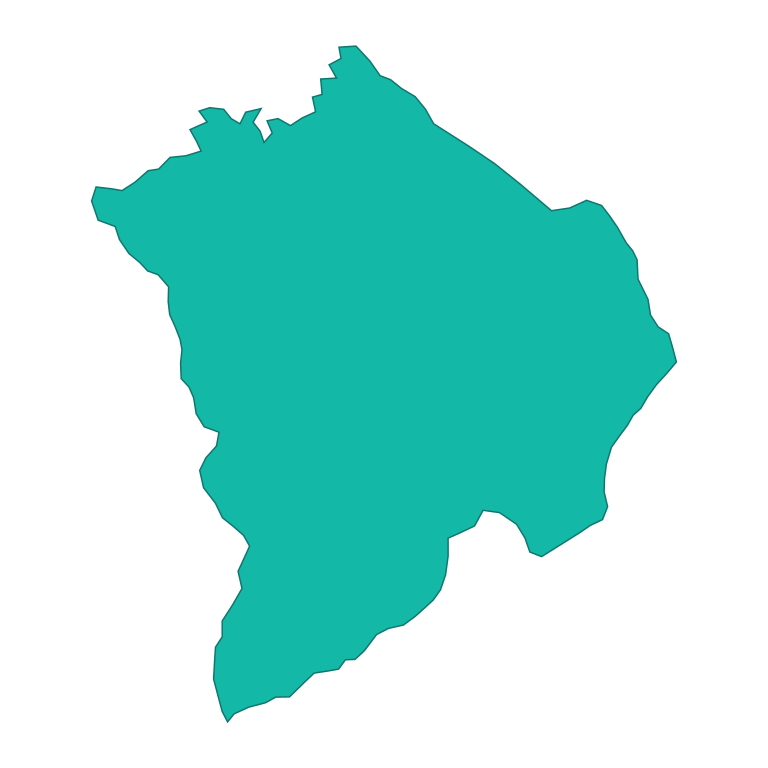 Elias Fausto, São Paulo, Brazil (Robinson projection)
{"feature_id": "56859067B16325589227677", "entity_name": "Elias Fausto", "entity_type": "district", "adm_level": 2, "iso_a3": "BRA", "parent_name": "Brazil", "parent_adm1": "São Paulo", "projection": "robinson", "projection_center": [-47.38, -23.077], "detail": "fine", "context": "isolated", "style": "filled", "palette": "teal", "viewbox_px": 768, "rotation_deg": 0, "n_neighbors": 0, "source": "geoboundaries", "source_scale": "gbopen_adm2", "svg_char_len": 1904}
<svg xmlns="http://www.w3.org/2000/svg" viewBox="0 0 768 768"><path d="M199.7,470.4L203.6,487.8L215.5,503.3L222.5,517.8L232.7,525.9L243.6,535.4L249.6,546.2L238.1,571.3L242.0,588.5L232.7,604.7L222.2,621.0L222.2,636.8L215.5,647.2L214.6,661.0L213.6,679.0L217.7,694.6L222.2,711.5L227.6,721.9L234.2,713.8L248.6,707.2L265.6,702.7L275.7,697.1L289.5,696.9L303.6,683.1L314.1,673.1L328.5,670.9L338.6,669.1L345.4,659.8L355.0,659.4L364.5,650.6L376.6,634.5L388.5,628.4L403.5,625.0L415.0,616.5L422.2,610.1L433.1,600.2L440.5,589.8L445.6,574.7L448.1,556.2L448.1,538.1L458.4,533.6L474.6,525.9L483.1,510.3L499.5,512.6L516.6,524.3L525.0,538.1L529.9,552.1L541.6,556.6L580.0,532.5L590.1,525.5L602.5,519.6L607.6,506.7L604.1,491.8L604.5,478.5L606.4,464.0L611.5,447.1L620.1,435.1L627.5,425.2L633.1,415.3L640.9,408.3L647.6,396.8L656.5,384.6L666.5,373.7L676.4,362.0L672.1,345.7L668.6,333.8L658.1,326.8L650.5,315.0L648.0,299.4L638.0,279.1L637.1,259.9L632.6,250.7L626.2,242.8L617.6,227.6L609.6,215.9L601.6,205.5L586.6,200.3L569.7,208.0L551.5,210.7L519.6,183.6L494.7,163.7L469.0,146.3L433.7,123.8L425.5,109.3L415.2,96.7L401.5,88.5L390.6,79.7L380.1,75.7L370.0,61.2L356.0,46.1L339.0,47.2L341.0,58.5L329.1,64.8L336.5,78.1L320.7,79.0L322.1,94.4L312.5,97.1L315.6,111.8L302.2,117.9L290.5,125.6L278.0,118.6L267.1,120.8L272.2,133.0L264.0,142.5L260.1,131.2L253.1,122.2L261.1,108.6L245.7,112.2L240.0,123.8L231.1,118.6L223.7,109.3L209.7,107.7L199.1,111.1L207.1,122.0L190.0,129.6L196.6,141.4L201.1,151.1L185.7,155.8L170.1,157.4L158.6,169.1L148.1,170.7L135.0,182.2L122.0,190.6L111.7,188.8L96.1,187.0L91.6,201.0L98.2,220.2L115.2,226.5L119.5,239.6L129.0,253.6L139.7,262.4L147.7,271.0L158.0,274.6L168.6,286.8L168.2,301.7L169.7,314.6L175.2,326.8L180.1,339.4L182.0,349.8L180.6,363.1L181.2,378.7L189.0,387.0L193.7,397.9L196.2,413.7L204.2,426.8L219.0,432.2L216.5,446.0L206.0,457.7L199.7,470.4Z" fill="#14b8a6" stroke="#0f766e" stroke-width="1.5"/></svg>